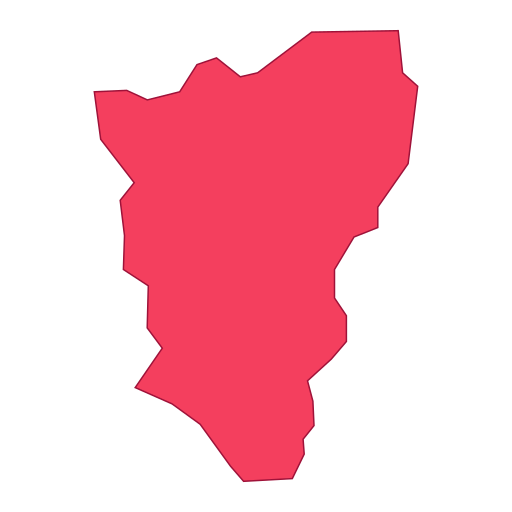 the district of Kolonjë, Korçë, Albania
{"feature_id": "67620474B91947048364679", "entity_name": "Kolonjë", "entity_type": "district", "adm_level": 2, "iso_a3": "ALB", "parent_name": "Albania", "parent_adm1": "Korçë", "projection": "natural_earth1", "projection_center": [20.638, 40.285], "detail": "fine", "context": "isolated", "style": "filled", "palette": "rose", "viewbox_px": 512, "rotation_deg": 0, "n_neighbors": 0, "source": "geoboundaries", "source_scale": "gbopen_adm2", "svg_char_len": 609}
<svg xmlns="http://www.w3.org/2000/svg" viewBox="0 0 512 512"><path d="M94.3,91.8L100.7,139.3L134.2,182.7L120.2,200.3L124.5,235.6L123.4,269.5L148.3,285.8L147.2,327.9L162.3,348.2L135.2,387.6L172.1,403.9L200.2,424.3L230.6,466.3L243.6,481.3L292.3,478.6L304.2,454.1L303.1,439.2L314.0,425.6L312.9,401.2L307.5,380.8L331.3,359.1L346.4,341.5L346.4,315.7L334.5,298.0L334.5,269.5L354.0,237.0L377.8,227.5L377.8,207.1L408.1,163.7L417.7,86.3L402.6,72.8L398.2,30.7L311.7,32.1L257.6,72.8L240.3,76.8L216.5,57.9L197.0,64.6L179.7,91.8L147.3,99.9L126.7,90.4L94.3,91.8Z" fill="#f43f5e" stroke="#9f1239" stroke-width="1.5"/></svg>